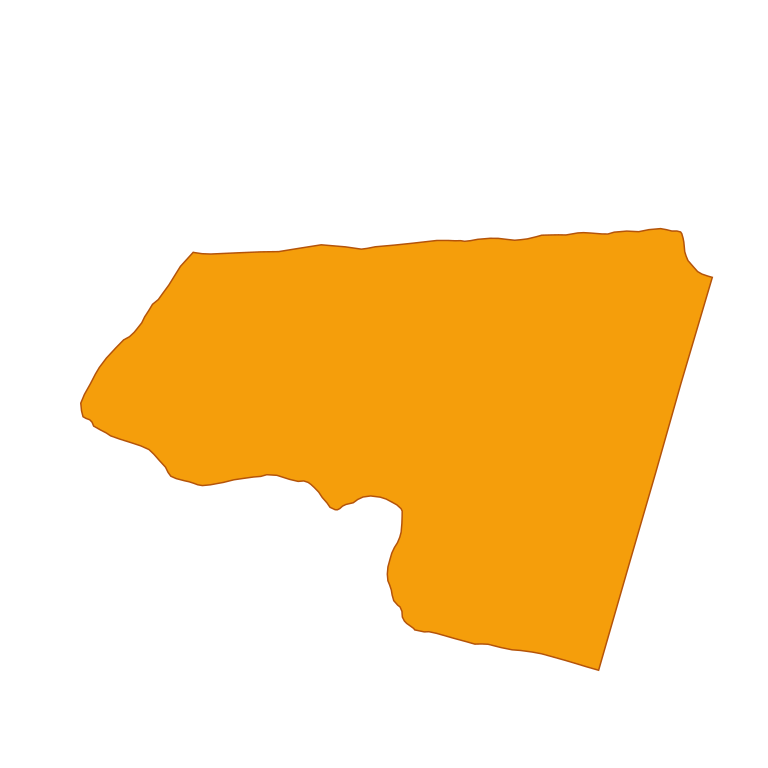 the district of Woleu, Wouleu-Ntem, Gabon, rotated 196°
{"feature_id": "22940354B4497534497521", "entity_name": "Woleu", "entity_type": "district", "adm_level": 2, "iso_a3": "GAB", "parent_name": "Gabon", "parent_adm1": "Wouleu-Ntem", "projection": "orthographic", "projection_center": [11.911, 1.389], "detail": "fine", "context": "isolated", "style": "filled", "palette": "amber", "viewbox_px": 768, "rotation_deg": 196, "n_neighbors": 0, "source": "geoboundaries", "source_scale": "gbopen_adm2", "svg_char_len": 2408}
<svg xmlns="http://www.w3.org/2000/svg" viewBox="0 0 768 768"><g transform="rotate(196 384 384)"><path d="M98.8,168.0L98.8,187.2L98.7,282.6L98.4,373.4L98.7,465.9L97.8,577.0L102.5,577.0L108.7,577.3L113.5,578.5L118.4,581.6L125.8,586.4L128.9,590.3L131.4,594.1L133.3,599.0L134.9,603.0L136.7,606.6L139.2,610.6L140.8,611.9L144.6,611.8L149.4,610.4L155.1,610.2L161.0,609.6L171.9,605.4L181.2,600.6L192.8,597.9L204.6,593.4L210.1,589.9L216.0,588.3L226.8,586.1L233.9,584.5L239.4,582.6L244.8,580.0L250.2,577.4L257.3,575.5L264.2,573.4L273.4,570.5L278.1,567.6L286.2,563.0L292.3,560.4L298.0,558.2L305.6,556.9L314.2,555.5L322.2,553.3L333.8,548.9L340.4,545.6L345.8,543.4L349.9,542.9L355.0,541.3L361.7,539.7L372.6,536.6L395.6,527.1L412.5,520.3L430.2,513.5L437.4,509.8L442.9,507.4L458.9,505.2L482.7,500.5L502.9,491.1L521.8,482.2L539.0,477.0L558.3,470.6L573.8,465.4L586.3,461.2L589.9,460.3L594.8,459.1L602.3,458.1L603.7,458.0L612.1,441.0L615.0,430.8L618.1,419.8L621.6,410.3L624.2,403.0L628.5,396.8L630.4,389.7L632.6,382.5L633.7,376.1L636.8,368.5L638.4,364.8L641.7,359.3L646.4,354.7L651.7,344.9L658.0,332.4L662.2,321.5L664.2,313.8L666.4,302.8L669.1,291.5L670.2,282.0L667.4,274.9L664.3,269.6L661.0,268.8L657.0,268.5L654.1,266.8L651.5,263.5L644.0,261.7L637.5,260.4L632.5,258.8L622.8,258.2L611.1,257.9L600.9,257.5L591.8,256.2L585.9,253.1L578.6,248.4L571.1,243.8L567.2,239.5L563.5,236.6L557.7,235.8L549.1,236.0L544.3,236.3L539.2,236.1L535.3,235.8L530.6,236.3L523.2,239.2L517.2,242.2L511.3,245.1L501.8,250.6L492.9,254.6L483.9,258.6L477.0,261.2L471.7,264.5L461.8,266.7L448.5,266.3L439.7,266.7L434.4,268.7L429.8,268.5L426.7,267.4L422.7,265.4L417.0,262.1L412.1,257.9L405.9,253.9L401.9,250.6L396.4,249.7L394.2,250.2L392.2,252.0L390.2,255.2L387.4,257.7L380.8,261.4L377.4,265.8L373.0,269.6L366.0,272.7L356.4,274.2L350.1,274.0L342.3,272.3L338.4,271.4L333.3,268.9L331.5,266.9L330.0,261.4L328.4,255.0L326.7,246.4L326.6,241.1L327.3,235.2L328.9,229.7L329.9,223.5L329.9,216.8L329.8,209.3L328.4,202.1L326.0,195.9L323.2,192.4L320.2,188.0L318.0,183.4L314.9,178.4L309.9,175.2L307.1,174.1L304.0,170.3L303.3,168.2L302.1,165.0L299.1,161.8L296.2,160.1L291.6,158.5L288.1,157.2L286.7,156.1L277.0,156.8L272.5,158.3L264.6,158.8L259.5,158.8L246.2,158.8L233.4,159.0L225.0,159.0L218.6,161.0L212.3,162.5L199.0,162.9L187.6,163.8L179.3,165.5L167.6,167.2L158.2,168.1L133.6,168.3L111.3,168.0L98.8,168.0Z" fill="#f59e0b" stroke="#b45309" stroke-width="1.5"/></g></svg>